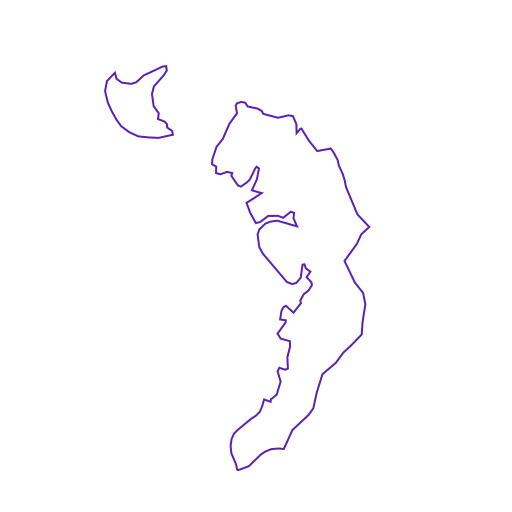 the district of Nampo City, P'yŏngan-namdo, North Korea, rotated 79°
{"feature_id": "82179303B45638248322590", "entity_name": "Nampo City", "entity_type": "district", "adm_level": 2, "iso_a3": "PRK", "parent_name": "North Korea", "parent_adm1": "P'yŏngan-namdo", "projection": "mercator", "projection_center": [125.376, 38.709], "detail": "fine", "context": "isolated", "style": "outline", "palette": "violet", "viewbox_px": 512, "rotation_deg": 79, "n_neighbors": 0, "source": "geoboundaries", "source_scale": "gbopen_adm2", "svg_char_len": 2317}
<svg xmlns="http://www.w3.org/2000/svg" viewBox="0 0 512 512"><g transform="rotate(79 256 256)"><path d="M450.7,265.5L433.7,253.4L422.2,234.9L416.5,228.8L402.0,222.6L384.7,213.3L376.1,198.0L367.5,188.7L361.8,179.5L353.2,167.2L341.6,164.1L324.3,157.9L312.7,157.9L301.0,164.0L289.4,167.0L277.8,170.1L263.4,154.7L254.8,148.5L249.1,139.3L234.5,148.5L220.0,151.5L205.5,154.5L198.5,154.5L192.1,155.2L183.0,157.4L177.5,157.5L168.8,160.2L164.6,162.3L164.8,163.6L164.7,170.4L164.7,175.9L153.0,182.0L139.6,187.1L139.6,188.2L140.2,188.9L143.2,192.7L134.1,191.2L125.7,193.1L124.1,197.3L124.5,208.1L117.9,221.7L114.7,222.7L111.5,226.5L107.7,235.6L103.5,237.3L101.9,241.2L102.6,245.7L104.6,247.3L112.2,247.4L121.3,257.0L134.7,266.2L141.3,273.9L152.8,280.4L157.5,281.6L160.7,278.0L166.9,279.4L169.0,275.4L167.9,268.2L170.1,263.5L172.6,264.9L183.4,260.2L185.0,257.6L182.1,251.0L179.8,247.5L169.8,240.0L168.5,238.4L170.6,236.4L181.0,240.5L190.7,247.5L192.6,243.9L195.3,238.4L198.5,246.1L202.0,255.1L212.4,253.5L223.7,249.8L223.5,245.6L219.0,236.4L220.8,226.7L223.7,222.1L219.2,213.4L220.9,210.3L226.0,212.0L234.7,210.1L225.4,228.4L225.0,234.9L225.9,240.4L230.5,247.6L235.1,250.3L247.8,251.1L254.9,248.9L262.7,244.5L287.5,230.6L290.5,225.7L290.1,221.5L285.8,216.2L273.4,212.0L273.4,210.1L277.6,209.4L280.0,207.2L281.8,205.6L286.4,210.4L292.5,206.6L295.3,206.7L299.9,211.0L302.7,216.5L308.3,221.1L310.9,220.9L318.8,230.0L310.6,236.1L311.5,239.0L315.1,241.6L322.9,244.4L324.8,239.0L326.9,239.6L336.3,249.7L341.8,247.5L346.1,239.0L351.6,239.9L361.3,244.5L371.5,246.0L372.5,246.1L373.2,249.0L370.2,254.4L373.3,256.8L384.0,255.8L396.0,262.1L399.0,267.6L399.5,268.7L401.9,269.5L398.4,275.4L404.7,278.6L409.7,282.1L412.9,286.8L414.9,291.9L423.0,306.8L426.2,311.5L431.2,315.0L437.8,317.2L445.0,317.8L456.9,315.3L462.1,315.3L462.8,314.4L461.0,303.2L451.9,289.3L449.7,284.0L448.5,277.9L449.2,271.0L450.7,265.5ZM49.2,359.5L55.8,368.9L65.3,372.7L77.1,372.2L87.0,369.8L95.4,367.0L102.8,363.6L110.2,356.9L116.1,348.7L119.0,339.1L121.5,329.0L121.3,323.2L121.1,314.5L117.4,314.4L112.8,318.7L109.7,318.2L106.8,319.9L102.8,326.1L97.4,324.2L90.0,327.6L89.3,327.9L77.1,327.2L70.1,323.9L60.7,311.7L56.9,308.2L52.5,307.9L52.2,311.5L57.3,331.7L62.6,340.4L63.2,345.7L60.2,354.7L55.4,359.1L49.2,359.5Z" fill="none" stroke="#5b21b6" stroke-width="2"/></g></svg>